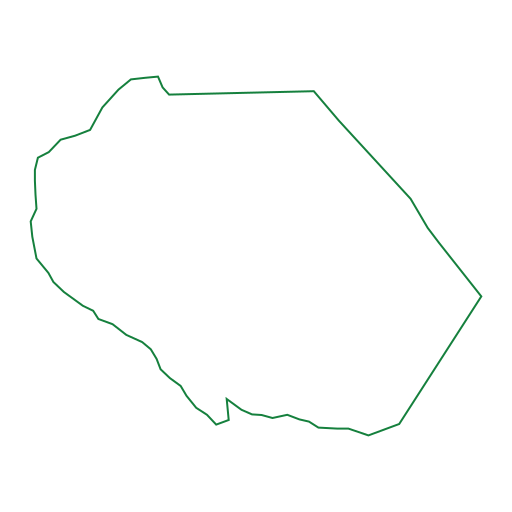 the district of Serrinha dos Pintos, Rio Grande do Norte, Brazil, rotated 90°
{"feature_id": "56859067B3628897818784", "entity_name": "Serrinha dos Pintos", "entity_type": "district", "adm_level": 2, "iso_a3": "BRA", "parent_name": "Brazil", "parent_adm1": "Rio Grande do Norte", "projection": "orthographic", "projection_center": [-37.983, -6.143], "detail": "fine", "context": "isolated", "style": "outline", "palette": "green", "viewbox_px": 512, "rotation_deg": 90, "n_neighbors": 0, "source": "geoboundaries", "source_scale": "gbopen_adm2", "svg_char_len": 851}
<svg xmlns="http://www.w3.org/2000/svg" viewBox="0 0 512 512"><g transform="rotate(90 256 256)"><path d="M407.8,315.8L414.8,305.0L424.6,295.8L420.0,283.3L399.0,285.3L409.8,270.5L414.4,260.0L415.0,250.4L418.0,239.5L414.8,224.7L419.4,212.6L421.6,203.0L427.6,193.6L428.6,174.7L428.6,163.6L435.4,143.6L424.0,112.8L296.4,30.7L242.7,73.1L227.9,84.3L198.8,101.4L120.7,173.1L91.2,198.2L94.6,342.9L87.4,349.4L76.6,354.0L77.8,366.8L79.4,381.1L89.6,393.5L107.4,409.6L129.9,421.9L135.7,436.9L139.7,451.4L152.1,463.2L157.7,474.1L169.9,477.1L180.8,477.1L194.6,476.5L208.8,475.5L221.4,481.3L236.7,479.7L258.5,475.5L272.9,463.6L282.0,458.6L292.0,448.1L305.8,429.1L310.8,418.8L319.0,413.6L324.2,399.4L334.9,385.7L342.1,369.8L349.3,361.2L358.9,355.4L369.3,351.4L378.1,342.1L386.0,331.3L395.8,325.5L407.8,315.8Z" fill="none" stroke="#15803d" stroke-width="2"/></g></svg>